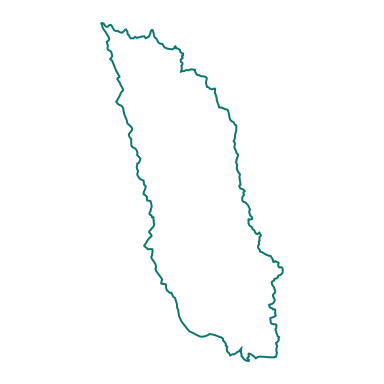 Vinh Thanh, Bình Định, Vietnam (Robinson projection)
{"feature_id": "81297802B21955309192571", "entity_name": "Vinh Thanh", "entity_type": "district", "adm_level": 2, "iso_a3": "VNM", "parent_name": "Vietnam", "parent_adm1": "Bình Định", "projection": "robinson", "projection_center": [108.747, 14.237], "detail": "fine", "context": "isolated", "style": "outline", "palette": "teal", "viewbox_px": 384, "rotation_deg": 0, "n_neighbors": 0, "source": "geoboundaries", "source_scale": "gbopen_adm2", "svg_char_len": 5988}
<svg xmlns="http://www.w3.org/2000/svg" viewBox="0 0 384 384"><path d="M202.8,336.7L203.3,336.4L205.0,336.3L207.8,335.2L209.6,334.0L210.1,334.1L214.8,335.0L219.1,336.8L221.1,337.3L222.8,338.5L223.0,339.2L222.9,340.4L224.5,341.8L225.7,343.6L225.9,344.5L225.7,345.5L227.0,346.5L227.3,347.1L226.7,347.9L226.9,350.8L228.0,352.3L229.2,353.3L230.2,355.4L232.4,354.3L234.2,354.3L236.3,353.0L237.1,352.0L239.6,351.2L239.9,350.0L241.3,348.5L240.9,351.9L241.0,352.8L241.6,354.2L241.5,356.2L242.5,357.1L244.2,359.4L246.3,360.7L248.7,361.0L248.9,360.6L248.8,359.8L247.4,358.6L247.2,358.2L248.8,356.8L248.9,356.2L248.4,354.2L249.1,353.5L251.6,354.6L254.1,356.5L255.9,358.3L258.2,356.8L260.2,356.6L271.7,357.4L273.5,357.3L276.0,356.7L276.9,352.8L276.4,351.0L276.3,349.2L277.2,345.9L276.2,344.2L276.1,343.2L276.2,342.8L277.2,342.3L277.8,341.2L278.5,340.8L278.8,339.6L278.4,338.6L279.1,337.2L277.4,335.9L277.2,334.7L276.4,332.8L276.2,331.2L275.5,330.1L275.7,328.7L276.0,328.5L276.3,328.0L276.2,326.8L276.5,325.3L276.3,324.7L275.4,324.4L273.8,324.3L271.6,323.7L270.8,322.8L270.3,318.6L270.4,318.0L273.3,317.1L275.4,316.1L275.7,315.7L275.1,313.4L275.3,310.1L274.9,309.4L272.9,309.4L272.4,308.4L270.9,308.0L270.3,307.7L269.6,306.7L269.0,304.9L269.2,304.7L271.0,304.3L272.9,303.4L273.7,302.6L274.5,301.3L274.7,300.2L274.6,299.7L273.2,296.7L272.9,295.0L274.8,292.7L275.2,292.0L275.2,290.9L273.8,287.0L272.5,285.3L271.6,282.6L272.4,281.4L273.8,280.7L274.4,278.9L276.6,278.4L277.9,277.2L278.4,275.6L280.4,275.0L281.8,273.7L282.5,272.7L282.7,271.6L282.7,269.4L282.4,268.1L281.5,267.2L279.8,267.4L279.0,267.3L278.1,265.3L278.6,263.3L278.5,262.6L275.1,261.2L274.0,262.1L273.3,261.9L273.1,261.4L273.0,260.4L272.2,258.5L270.6,256.0L270.1,255.8L268.9,255.9L268.3,255.4L266.6,254.9L265.8,254.3L264.6,253.9L263.5,253.0L262.3,252.3L259.9,251.4L259.8,250.0L258.1,247.7L258.0,247.0L258.1,246.0L259.2,244.0L258.8,241.5L259.6,240.5L259.4,237.7L259.5,237.0L260.7,236.0L260.9,235.4L259.3,232.6L258.5,233.1L257.6,234.1L257.3,234.2L255.8,233.4L255.2,232.6L254.3,230.3L252.5,229.1L252.1,227.4L249.8,225.7L248.9,224.5L248.5,223.3L248.6,221.5L248.4,220.2L248.6,219.3L250.3,219.5L251.4,219.4L252.2,219.0L252.2,218.3L251.7,216.9L250.4,215.7L249.9,214.6L249.2,211.9L249.3,211.2L250.0,209.6L248.2,205.5L245.5,202.4L243.3,201.8L242.3,200.6L242.2,198.0L242.8,196.3L244.0,194.7L243.4,193.3L243.4,192.4L244.7,191.2L244.3,190.5L242.9,189.3L240.3,188.4L239.5,186.9L239.3,186.2L239.4,185.4L240.3,184.9L240.5,184.4L239.4,177.1L239.9,174.2L239.4,173.4L237.9,171.6L237.7,170.7L237.0,169.6L236.7,168.5L237.2,164.9L236.0,162.3L236.4,161.3L236.4,160.0L238.2,155.0L238.0,154.5L236.6,153.2L235.6,149.9L234.5,148.1L234.3,146.9L234.9,144.8L234.9,143.3L234.6,142.3L233.6,141.1L234.6,139.3L234.8,138.3L235.1,134.7L236.3,130.2L236.3,125.5L235.0,124.8L233.3,121.9L231.6,121.3L230.4,119.9L229.6,118.2L229.1,114.8L228.0,110.3L226.6,109.4L224.5,109.1L223.5,108.3L222.4,108.2L222.0,107.6L220.6,107.6L219.0,107.3L218.5,105.0L216.8,100.6L216.6,98.0L215.7,94.5L214.8,92.7L215.1,90.9L215.1,88.7L214.9,88.5L212.0,89.4L210.0,88.7L208.6,87.4L207.0,86.9L205.9,82.6L206.8,78.6L206.6,77.7L205.9,77.1L204.6,76.5L201.0,76.2L200.0,75.8L199.6,75.2L198.0,75.2L197.2,74.9L195.7,73.0L194.9,70.8L195.1,70.1L194.8,69.7L194.0,69.9L192.7,69.4L190.6,69.4L188.0,70.3L186.2,70.1L183.9,71.2L182.6,71.1L181.0,71.6L181.1,70.7L181.6,69.5L181.8,67.7L181.4,65.6L182.4,64.5L182.5,63.7L182.3,62.8L180.9,61.8L180.7,60.2L181.0,59.2L182.6,58.2L182.6,57.8L182.0,56.8L182.0,56.1L183.0,55.6L183.1,53.6L181.7,53.5L181.4,52.8L180.5,52.1L180.0,50.8L180.0,50.0L177.8,48.5L176.1,48.4L176.0,47.3L175.3,46.3L175.0,46.4L174.7,47.4L174.1,48.2L173.2,48.9L172.4,49.3L171.5,49.3L167.3,48.6L164.4,47.3L162.2,43.8L160.3,43.7L158.9,42.9L158.1,41.9L156.4,38.7L154.6,37.2L154.0,35.7L153.6,32.9L152.5,30.0L152.0,29.9L151.6,30.2L150.8,31.3L150.3,33.5L149.1,36.4L145.9,38.2L145.4,37.9L144.6,36.6L144.1,36.3L142.7,36.4L136.7,37.9L135.2,36.9L133.3,38.3L130.8,38.3L130.0,37.6L128.8,35.0L127.8,34.6L127.4,31.8L126.0,29.5L124.8,30.1L122.5,32.5L121.4,32.7L118.9,31.7L117.8,30.9L115.8,31.0L114.1,30.2L111.3,25.2L109.9,24.9L109.3,25.1L107.9,26.6L106.6,26.9L105.2,25.9L103.6,23.5L101.6,23.0L101.3,23.4L102.1,25.1L102.5,27.1L103.1,28.7L105.4,31.6L108.5,37.0L109.1,38.5L109.2,39.4L108.7,40.4L106.7,41.9L107.8,45.4L107.6,48.2L107.8,49.6L110.9,51.5L111.6,53.2L112.2,55.7L112.1,56.6L110.2,59.0L110.6,59.5L112.0,60.4L116.3,71.0L119.5,76.6L119.4,77.1L117.3,78.5L117.3,79.0L120.0,83.2L120.5,84.7L123.1,89.3L122.9,90.3L120.9,92.9L119.6,96.0L116.2,101.8L117.6,103.6L118.8,104.6L121.5,105.8L122.8,107.4L123.3,108.8L123.5,110.8L124.4,114.5L126.7,120.2L127.3,123.1L128.0,124.0L130.2,125.9L131.6,127.5L132.1,128.6L132.1,129.9L129.1,133.8L128.8,134.8L129.7,137.3L131.2,139.1L131.3,144.6L131.5,145.9L132.3,147.0L135.3,148.7L136.0,149.4L136.7,150.5L137.5,152.4L137.1,154.7L137.2,155.2L140.5,158.6L140.2,159.8L139.1,162.5L138.3,163.2L137.3,163.6L137.0,166.3L136.7,167.5L137.1,169.2L138.1,170.9L137.2,174.5L138.8,177.6L139.8,178.7L141.0,179.5L143.6,180.6L144.0,184.2L144.4,185.1L145.4,185.8L145.7,186.4L145.1,189.4L143.9,191.7L143.6,194.2L144.8,194.9L147.0,196.8L146.8,199.4L147.3,200.5L150.0,200.9L150.6,201.3L151.7,205.9L151.6,207.1L150.8,208.9L150.8,210.4L149.6,212.8L149.4,213.9L149.9,214.6L151.6,215.6L151.9,217.1L153.5,217.3L153.4,219.6L153.9,220.7L153.6,222.2L154.2,223.9L154.2,224.8L153.1,227.2L151.6,228.4L150.7,229.9L149.5,231.0L149.1,232.2L151.5,235.1L151.5,236.1L148.3,239.2L145.2,244.3L144.2,245.5L144.3,246.0L148.1,249.3L151.0,249.1L152.5,249.3L152.5,251.6L152.0,255.5L151.3,256.8L151.4,258.0L155.6,264.3L156.0,267.6L155.4,268.8L156.4,271.4L161.2,277.9L162.2,279.5L161.7,280.6L161.2,283.5L161.4,283.7L165.2,284.1L165.8,284.4L166.1,287.8L166.6,289.7L167.1,290.4L167.7,291.1L169.8,292.7L170.6,292.9L171.4,292.7L173.1,296.5L173.5,297.0L175.1,298.2L177.0,304.5L177.1,307.4L177.4,308.3L178.1,309.4L178.9,315.4L179.4,317.0L181.6,321.6L188.4,330.3L189.5,331.3L200.1,336.6L202.8,336.7Z" fill="none" stroke="#0f766e" stroke-width="2"/></svg>